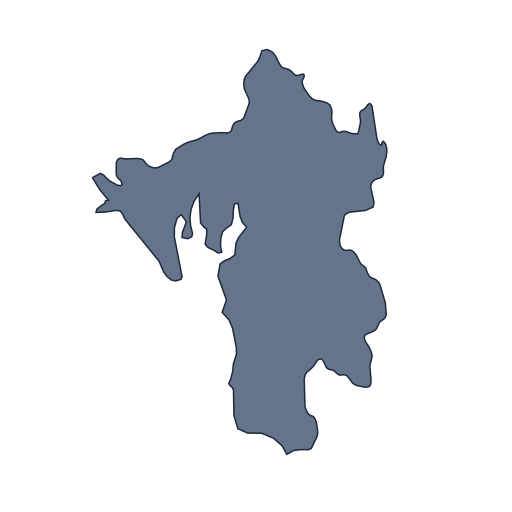 outline of Sligo, rotated 259°
{"feature_id": "IRL-728", "entity_name": "Sligo", "entity_type": "County", "adm_level": 1, "iso_a3": "IRL", "parent_name": "Ireland", "parent_adm1": "", "projection": "robinson", "projection_center": [-8.586, 54.193], "detail": "fine", "context": "isolated", "style": "filled", "palette": "slate", "viewbox_px": 512, "rotation_deg": 259, "n_neighbors": 0, "source": "natural_earth", "source_scale": "10m", "svg_char_len": 4059}
<svg xmlns="http://www.w3.org/2000/svg" viewBox="0 0 512 512"><g transform="rotate(259 256 256)"><path d="M55.8,270.9L57.3,263.5L57.9,256.1L55.4,248.4L64.7,245.4L73.8,238.4L80.9,227.8L83.8,214.0L89.9,205.2L103.7,203.9L128.6,208.3L131.4,207.6L133.7,205.9L135.9,204.9L140.6,208.0L147.7,211.3L154.2,213.1L163.4,218.1L169.6,219.2L189.8,219.2L198.7,217.2L207.1,212.0L218.5,218.6L243.5,214.8L255.0,219.2L257.4,224.1L258.6,230.2L261.1,235.4L272.7,238.9L277.4,242.4L286.0,252.3L291.5,249.0L297.8,247.9L311.2,248.4L311.2,244.8L305.3,242.5L297.9,240.8L291.5,237.8L288.8,232.0L286.2,227.9L280.0,224.8L272.5,223.1L266.2,223.1L266.2,219.2L268.9,216.6L273.7,210.4L277.4,208.3L286.4,211.7L291.9,212.7L294.4,210.2L299.1,207.9L327.9,212.0L321.5,205.6L314.1,201.1L306.2,198.5L298.4,197.6L290.1,198.0L287.2,196.6L286.0,192.3L288.2,186.9L293.3,188.3L302.8,194.2L311.0,190.5L307.9,185.5L299.2,181.3L290.3,179.5L249.7,179.5L247.4,177.9L246.8,172.3L248.6,168.3L252.8,164.8L257.7,162.4L269.5,159.8L317.1,134.4L323.9,132.6L326.3,131.0L327.5,126.8L327.9,116.2L329.3,107.2L332.4,108.8L335.4,114.6L336.5,117.9L338.2,118.3L338.7,118.6L339.0,121.8L350.9,115.3L363.1,110.7L364.1,110.6L364.4,111.2L366.8,119.1L364.3,122.1L361.3,123.8L357.7,126.6L352.1,133.2L350.9,136.4L351.7,138.1L354.0,138.2L356.0,137.4L359.2,135.1L361.3,134.5L363.7,134.5L374.8,136.8L377.4,139.0L377.9,141.1L377.6,143.0L376.7,145.0L376.0,147.7L374.5,157.6L373.5,160.9L372.2,163.2L370.4,164.4L368.3,165.3L366.1,166.7L364.1,168.7L361.9,172.7L361.6,175.4L361.8,177.8L364.9,188.5L365.9,190.6L367.3,192.2L369.7,193.0L372.7,194.6L376.0,197.5L379.4,206.0L380.7,211.5L381.3,219.5L382.4,224.0L384.3,230.1L384.9,233.4L385.0,236.3L383.7,245.6L382.1,251.9L382.7,254.1L383.7,255.7L388.4,258.0L391.1,260.9L391.8,263.7L392.0,267.2L393.0,269.1L394.3,270.7L406.8,278.2L409.0,278.8L411.5,279.0L420.8,276.7L423.3,276.5L426.2,276.7L428.8,277.2L431.1,277.9L432.9,279.0L434.5,280.2L446.8,294.9L450.2,297.5L456.4,301.0L456.6,306.3L454.6,309.1L452.8,311.2L448.7,313.3L440.7,315.5L436.6,317.2L434.9,319.5L433.1,323.4L430.8,325.8L426.6,328.5L425.4,330.6L425.2,332.7L425.7,334.8L425.4,337.4L423.7,337.8L422.4,337.2L419.3,334.8L416.2,334.4L411.9,335.1L403.4,338.7L399.6,341.2L397.6,343.8L395.6,349.7L393.1,354.4L391.2,356.4L389.9,357.5L385.3,358.3L382.6,358.0L377.6,356.6L374.1,356.3L370.1,356.8L363.2,358.8L361.6,360.5L361.4,362.2L361.8,364.6L361.3,367.6L357.9,373.4L357.3,376.0L356.6,378.1L356.8,379.0L357.4,379.7L358.8,380.6L367.1,384.0L369.5,384.5L374.5,384.7L376.7,385.2L378.1,386.4L378.9,388.0L379.5,390.0L380.4,391.7L383.2,394.6L384.1,396.7L382.9,397.8L380.9,398.5L347.8,397.1L343.6,397.8L341.6,398.9L340.8,400.0L342.1,400.9L343.4,401.3L344.3,402.8L343.2,403.7L341.2,404.5L338.7,404.8L335.9,404.8L333.3,404.3L328.8,402.8L319.9,398.2L312.7,396.9L310.9,395.9L309.5,394.6L309.0,392.6L308.5,388.4L307.8,386.4L306.9,384.8L305.4,383.4L303.7,382.4L301.2,381.7L287.6,382.1L285.4,381.9L281.7,380.3L279.8,372.2L281.2,356.2L280.3,352.8L278.9,350.5L256.2,341.1L253.5,340.7L250.7,340.6L248.5,341.2L246.6,342.2L245.1,343.5L244.4,345.3L243.9,349.4L243.0,351.1L241.6,352.5L239.9,353.5L237.8,354.6L229.2,357.0L227.6,357.9L225.4,360.0L223.4,361.4L218.6,362.1L215.5,363.0L213.4,364.1L210.1,368.9L206.9,371.4L203.1,372.4L185.1,374.0L173.8,372.7L171.7,371.6L170.2,370.3L167.5,364.7L161.5,360.3L160.6,359.1L160.2,358.3L158.7,352.6L158.4,350.4L157.7,348.0L155.9,346.9L153.5,346.7L151.1,347.1L144.5,349.8L141.6,350.5L137.1,351.1L134.1,350.3L126.6,346.8L112.6,345.3L108.6,344.3L106.3,342.6L106.2,340.6L106.3,338.5L106.9,336.5L109.3,331.0L110.8,328.6L111.9,327.4L113.2,326.3L119.1,323.6L120.8,322.6L122.1,321.1L122.7,319.3L122.9,317.3L123.2,315.2L124.3,313.8L125.9,312.5L127.7,311.4L129.1,310.0L130.7,306.3L131.8,304.7L133.5,303.7L140.5,301.9L142.2,300.8L142.7,298.9L142.0,296.5L136.7,291.1L135.1,288.9L132.0,283.3L129.6,281.4L126.2,279.9L99.1,275.4L96.5,275.6L91.7,276.9L89.9,278.1L88.7,279.5L87.9,281.1L86.3,282.4L84.0,283.1L80.9,283.5L72.1,283.1L69.3,282.4L66.9,281.3L56.7,273.7L55.9,271.0L55.8,270.9Z" fill="#64748b" stroke="#1e293b" stroke-width="1.5"/></g></svg>